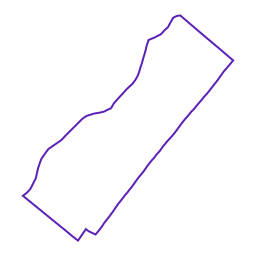 Balneário Gaivota, Santa Catarina, Brazil
{"feature_id": "56859067B14282985236519", "entity_name": "Balneário Gaivota", "entity_type": "district", "adm_level": 2, "iso_a3": "BRA", "parent_name": "Brazil", "parent_adm1": "Santa Catarina", "projection": "mercator", "projection_center": [-49.608, -29.151], "detail": "fine", "context": "isolated", "style": "outline", "palette": "violet", "viewbox_px": 256, "rotation_deg": 0, "n_neighbors": 0, "source": "geoboundaries", "source_scale": "gbopen_adm2", "svg_char_len": 1301}
<svg xmlns="http://www.w3.org/2000/svg" viewBox="0 0 256 256"><path d="M180.2,15.4L176.5,16.1L173.1,17.8L169.7,24.0L168.0,27.1L164.2,30.6L161.0,34.2L154.5,37.5L148.6,40.0L146.8,45.2L145.9,49.1L144.5,54.2L143.4,57.7L142.0,62.9L140.5,67.3L139.4,71.1L137.9,75.5L135.5,79.7L132.7,83.6L129.3,86.7L126.1,89.8L123.2,93.1L120.0,96.5L116.6,100.2L113.8,103.4L111.1,108.2L107.4,109.9L104.0,111.6L99.9,112.6L94.0,113.6L86.6,115.9L82.3,118.8L76.8,124.4L66.1,135.0L61.7,139.8L56.1,143.7L48.4,149.0L43.7,155.4L41.3,159.0L39.0,165.4L37.9,168.9L35.8,178.3L30.5,188.7L27.1,192.6L22.9,195.8L44.6,213.5L68.1,232.6L72.2,236.1L78.0,240.6L85.9,229.1L88.6,231.2L95.5,234.5L98.5,231.0L101.7,226.8L104.0,223.3L106.4,220.2L109.0,216.9L112.8,211.8L115.3,208.1L118.0,204.1L120.7,200.8L122.7,198.3L124.9,195.3L127.4,192.5L129.6,189.5L131.8,186.9L134.6,182.9L137.8,178.5L140.1,175.6L142.4,172.9L144.5,170.1L147.6,165.6L151.1,161.1L153.8,158.1L156.8,154.2L159.9,150.8L162.9,146.5L165.7,143.2L168.0,140.4L171.4,136.8L175.1,132.3L177.7,128.8L181.0,124.2L184.3,120.0L188.2,115.5L191.1,111.9L194.0,109.0L196.3,106.1L199.0,102.9L201.9,99.6L204.5,96.3L206.9,93.8L209.6,90.4L213.1,85.9L217.8,79.9L221.0,75.4L223.6,71.7L226.6,68.2L229.7,64.6L233.1,60.4L219.8,49.0L202.9,34.8L180.2,15.4Z" fill="none" stroke="#5b21b6" stroke-width="2"/></svg>